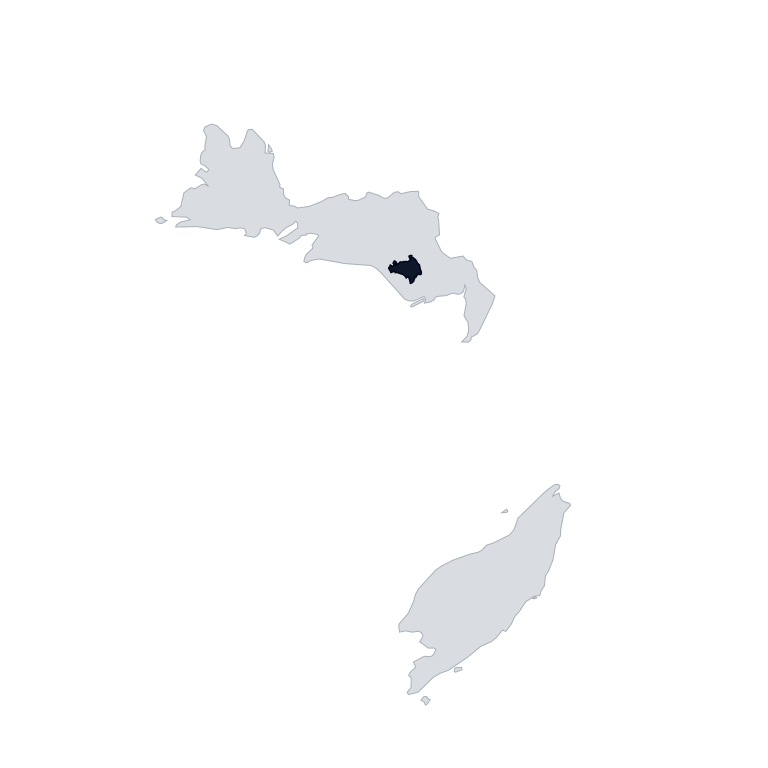 Selangau, Sarawak, Malaysia (highlighted), rotated 245°
{"feature_id": "92858781B23703975490584", "entity_name": "Selangau", "entity_type": "district", "adm_level": 2, "iso_a3": "MYS", "parent_name": "Malaysia", "parent_adm1": "Sarawak", "projection": "equal_earth", "projection_center": [112.583, 2.507], "detail": "fine", "context": "in_parent", "style": "filled", "palette": "ink", "viewbox_px": 768, "rotation_deg": 245, "n_neighbors": 0, "source": "geoboundaries", "source_scale": "gbopen_adm2", "svg_char_len": 7238}
<svg xmlns="http://www.w3.org/2000/svg" viewBox="0 0 768 768"><g transform="rotate(245 384 384)"><path d="M639.8,381.1L635.9,380.2L630.4,375.7L624.9,374.1L608.7,374.0L606.4,372.6L603.2,375.3L597.6,373.0L594.4,373.3L590.8,376.0L585.8,373.6L583.3,377.6L580.0,380.2L576.6,391.0L575.8,403.9L576.5,411.9L574.9,416.3L574.2,425.4L573.0,429.4L568.5,431.1L566.5,429.8L562.4,435.3L561.4,437.6L561.3,446.4L564.4,449.3L564.4,451.1L557.7,458.5L552.0,462.7L551.1,466.5L553.4,474.2L552.4,477.9L549.4,479.7L547.1,489.6L544.4,496.0L543.4,496.7L539.4,494.6L524.1,497.4L519.6,502.6L515.3,505.8L511.8,502.8L510.1,503.0L495.8,497.4L495.3,492.6L493.8,491.8L479.1,492.1L469.9,497.2L466.5,509.8L461.6,511.1L458.0,515.4L451.7,514.9L447.8,516.1L441.6,514.0L435.7,513.7L416.9,521.8L410.9,516.1L392.6,493.6L390.0,489.7L389.5,482.9L387.4,481.6L386.7,479.8L386.4,477.8L389.3,472.2L392.1,479.4L396.7,483.4L404.6,486.2L412.0,485.3L422.3,492.6L425.6,493.7L429.2,493.2L435.6,498.8L439.6,499.1L434.3,495.2L433.4,492.2L434.0,488.9L437.4,484.5L437.9,477.5L440.4,470.7L441.0,467.4L439.1,465.0L438.7,460.7L440.2,454.8L443.6,457.9L446.5,457.2L446.5,446.4L448.7,441.8L452.2,438.6L487.3,427.9L493.1,425.3L497.0,422.1L509.7,399.4L524.7,378.1L526.7,370.5L526.6,365.2L527.5,364.0L529.1,363.2L532.4,366.0L534.2,368.1L537.3,377.2L540.3,377.5L545.2,386.3L546.3,387.4L547.8,386.8L551.6,381.2L552.7,377.1L551.8,376.5L553.6,371.7L552.0,368.7L550.6,357.9L559.5,350.2L559.5,359.0L562.0,371.8L566.4,373.6L568.7,372.9L567.4,369.0L567.0,361.5L565.8,356.5L563.0,350.2L570.4,348.8L576.1,342.0L576.9,337.7L573.3,335.2L571.9,331.9L571.8,328.4L577.6,320.3L578.2,322.7L581.9,323.3L583.7,323.2L586.2,319.9L587.5,315.2L591.9,308.5L594.4,298.0L605.5,281.4L614.3,261.6L616.1,263.2L616.7,268.5L614.8,277.8L618.7,275.6L625.4,262.5L629.3,264.6L629.1,268.2L630.7,274.8L641.8,283.4L643.4,292.0L640.9,295.2L641.8,303.4L640.9,306.0L637.3,308.4L647.3,306.0L653.1,301.3L656.7,309.3L651.0,312.5L652.2,316.0L657.6,313.9L660.9,311.1L664.1,311.7L669.2,315.0L670.8,316.9L671.8,320.8L675.5,322.2L683.2,327.7L690.2,327.7L692.6,330.4L692.5,337.5L688.8,341.7L674.3,347.5L670.5,347.3L665.1,345.2L661.3,346.4L659.0,353.2L663.4,360.0L670.9,367.1L671.9,368.8L670.5,372.3L653.5,377.8L649.9,377.2L643.6,373.8L639.8,381.1ZM90.3,284.8L92.2,275.0L94.8,274.6L97.4,280.2L106.3,284.5L109.1,283.1L110.3,284.0L111.5,285.5L114.0,293.1L119.6,293.2L120.2,305.4L117.6,310.0L117.2,313.2L121.3,318.9L123.7,317.6L125.9,312.5L135.3,307.4L139.1,312.9L142.7,312.9L145.3,310.9L147.3,304.4L151.1,299.4L152.6,293.2L158.0,294.9L160.1,296.2L166.1,309.3L174.1,318.6L180.1,323.7L183.7,328.6L193.6,352.3L194.8,360.0L195.2,371.7L193.6,389.4L191.7,398.2L192.1,402.4L194.6,408.8L193.8,414.8L194.1,433.7L197.1,440.4L205.8,448.7L218.5,485.1L220.7,495.4L219.5,499.4L217.2,500.4L215.2,498.4L214.0,493.4L211.0,489.4L211.3,496.5L205.8,495.6L202.0,496.8L197.4,501.7L195.2,501.9L191.3,492.7L176.8,482.2L171.5,479.5L165.8,471.6L153.2,462.8L145.1,454.3L141.7,449.0L133.5,444.3L129.9,438.8L126.4,435.7L128.3,430.4L126.6,420.1L120.8,410.8L118.0,404.3L112.6,397.9L108.3,389.8L110.9,387.4L106.7,378.8L105.2,372.5L105.3,360.7L101.0,344.1L97.3,321.0L98.1,312.9L97.2,304.2L90.3,284.8ZM625.8,254.0L623.9,256.3L623.4,250.1L625.9,246.9L629.6,246.2L629.7,251.8L628.9,253.3L625.8,254.0ZM81.7,283.8L83.9,288.3L82.2,290.9L80.9,290.3L78.4,292.4L75.7,288.0L75.4,285.8L78.6,286.2L81.7,283.8ZM444.8,455.7L443.8,456.3L442.3,454.8L442.0,441.9L443.0,440.7L444.5,443.2L444.8,455.7ZM96.8,328.5L94.4,334.6L92.1,333.9L92.6,327.0L93.9,326.1L96.8,328.5ZM649.6,380.5L645.2,381.3L642.2,381.2L642.6,377.8L644.0,377.2L649.6,380.5ZM218.7,442.3L216.3,442.4L215.8,440.8L217.6,436.3L218.7,442.3ZM127.2,431.4L125.6,432.1L125.8,429.5L126.9,428.0L127.2,431.4Z" fill="#d9dde1" stroke="#a8b0b8" stroke-width="1"/><path d="M477.2,466.4L477.7,466.2L478.4,465.8L479.1,465.5L479.5,465.4L479.9,465.4L480.7,465.4L481.1,465.5L481.4,465.5L481.7,465.4L482.0,465.3L482.3,465.1L482.5,464.9L482.9,464.8L483.2,465.1L483.3,465.2L483.6,465.2L483.8,465.1L483.9,464.8L484.0,464.7L484.3,464.3L485.3,464.2L485.5,464.2L485.9,464.0L486.1,463.9L486.1,463.7L486.4,463.4L486.5,463.2L486.3,463.1L486.1,463.0L486.0,462.9L485.9,462.8L486.0,462.6L486.3,462.6L486.5,462.7L487.2,462.9L487.5,463.0L488.4,463.5L488.5,463.5L488.7,463.4L488.8,463.2L489.0,463.0L489.1,462.9L489.2,462.7L489.3,462.4L489.3,462.2L489.3,461.9L489.3,461.7L489.4,461.3L489.4,461.1L489.4,460.8L489.2,460.7L488.8,460.5L485.6,460.4L485.4,460.3L485.3,460.1L485.2,459.7L485.2,459.3L485.1,459.0L485.0,458.6L484.9,458.4L484.8,458.1L484.7,457.8L484.7,457.5L484.6,457.3L484.6,457.0L484.8,456.8L484.9,456.6L485.3,456.5L485.4,456.4L485.6,456.1L485.7,455.9L485.8,455.4L486.0,454.9L486.2,454.3L486.4,453.9L486.6,453.7L486.8,453.2L486.8,452.7L486.7,452.4L486.7,451.9L486.9,451.6L487.2,451.3L487.3,451.0L487.8,450.4L487.8,450.2L487.7,449.8L487.3,449.4L487.1,449.0L487.0,448.6L487.1,448.3L487.2,448.1L487.3,447.8L487.2,447.6L487.2,447.3L487.0,447.2L486.8,446.9L486.8,446.6L486.9,446.3L487.0,446.1L487.1,445.9L487.1,445.6L487.1,445.2L487.0,444.8L487.2,444.7L487.5,444.8L487.6,445.0L487.8,445.2L488.1,445.6L488.3,446.0L488.5,446.3L489.1,446.5L489.5,446.6L489.9,446.4L490.3,446.2L490.5,446.1L490.7,445.8L491.1,445.4L491.1,445.1L490.8,444.6L490.5,444.7L490.4,444.5L490.3,444.3L490.1,444.1L490.0,443.8L489.8,443.5L489.6,443.8L489.4,443.8L489.0,443.6L488.8,443.5L488.6,443.5L488.4,443.5L488.2,443.4L487.9,443.3L487.6,443.2L487.4,442.9L487.1,442.8L487.0,442.7L486.9,442.6L486.7,442.2L486.6,441.9L486.7,441.6L486.7,441.4L486.8,441.3L487.3,441.3L487.5,441.2L487.9,441.0L488.0,440.9L488.1,440.7L488.3,440.2L488.5,440.2L488.6,440.4L488.8,440.3L489.0,440.2L489.2,439.9L489.1,439.7L488.2,439.3L487.7,439.2L487.6,438.9L487.6,438.7L487.7,438.4L487.7,438.2L487.7,437.9L487.5,437.7L487.4,437.5L487.2,437.4L486.9,437.3L486.8,437.2L486.6,437.2L486.5,437.3L486.4,437.3L486.3,437.5L486.2,437.5L486.2,437.4L486.1,437.2L482.8,437.5L482.6,437.4L482.4,437.4L482.2,437.4L482.2,437.5L482.1,437.9L482.0,438.1L481.9,438.1L481.9,438.4L482.0,438.6L482.0,438.8L482.3,438.9L482.5,439.0L482.4,439.3L482.2,439.6L482.3,439.7L482.3,439.9L482.3,440.0L482.4,440.3L482.2,440.5L482.1,440.8L482.2,441.0L482.3,441.2L482.2,441.3L482.0,441.2L481.9,441.1L481.8,441.3L481.7,441.3L481.7,441.2L481.5,440.9L481.5,440.6L481.4,440.7L481.3,440.8L481.2,440.8L481.1,441.1L481.2,441.4L481.2,441.5L480.8,441.6L480.6,441.7L480.6,441.8L480.5,442.0L480.4,442.0L480.2,442.0L480.1,441.9L480.1,442.0L480.1,442.3L480.2,442.5L479.9,442.5L474.9,447.8L472.4,448.8L470.8,448.9L470.9,449.2L470.9,449.6L470.9,449.9L470.9,450.2L470.9,450.6L470.8,451.1L470.7,451.5L466.7,451.1L466.3,450.9L466.0,450.9L465.6,450.8L464.6,451.0L464.3,450.4L463.9,450.7L463.9,450.8L463.9,452.1L464.0,452.6L464.2,453.1L464.4,453.5L464.5,453.9L464.6,454.3L465.0,454.8L465.8,455.3L466.2,455.8L466.6,456.4L467.1,456.7L467.5,456.9L467.8,457.3L467.8,457.7L467.5,458.0L467.4,458.3L467.8,458.7L468.0,459.2L468.4,459.6L468.8,460.0L468.9,460.6L469.0,461.3L468.8,461.6L468.5,462.0L468.2,462.4L468.0,462.9L467.7,463.6L468.1,464.4L468.7,464.5L469.0,464.7L469.3,465.0L470.0,465.2L470.7,465.3L471.3,465.3L472.4,465.3L473.0,465.4L473.3,465.6L473.7,465.7L474.3,465.8L474.9,465.8L475.3,465.9L475.6,466.1L476.8,466.4L477.2,466.4Z" fill="#0f172a" stroke="#020617" stroke-width="1.5"/></g></svg>